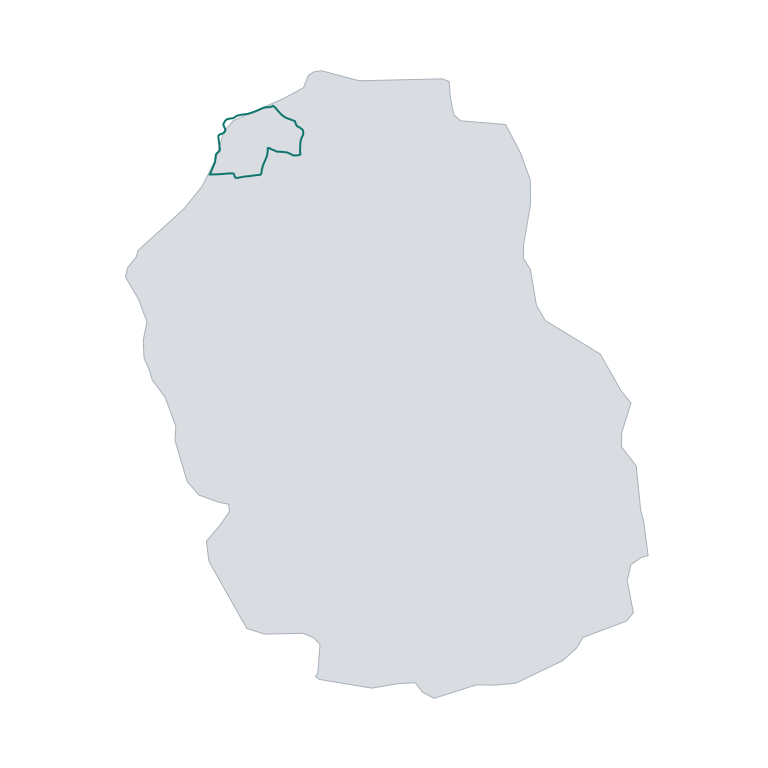 Delčevo highlighted on a map of North Macedonia, rotated 265°
{"feature_id": "MKD-3005", "entity_name": "Delčevo", "entity_type": "Statistical Region", "adm_level": 1, "iso_a3": "MKD", "parent_name": "North Macedonia", "parent_adm1": "", "projection": "orthographic", "projection_center": [22.736, 41.933], "detail": "fine", "context": "in_parent", "style": "outline", "palette": "teal", "viewbox_px": 768, "rotation_deg": 265, "n_neighbors": 0, "source": "natural_earth", "source_scale": "10m", "svg_char_len": 2245}
<svg xmlns="http://www.w3.org/2000/svg" viewBox="0 0 768 768"><g transform="rotate(265 384 384)"><path d="M346.4,171.0L360.1,172.9L389.9,164.8L408.6,153.3L418.0,151.6L430.6,147.2L448.6,148.0L466.8,153.3L490.1,146.7L513.0,135.9L522.1,138.7L532.0,148.1L538.5,150.7L576.2,200.2L597.0,220.2L621.5,235.4L649.5,246.5L659.6,257.2L677.5,309.7L686.2,329.6L698.1,335.6L701.0,341.3L701.5,348.9L688.2,385.9L682.9,468.7L679.6,475.3L665.4,475.0L646.6,476.8L639.5,483.1L631.9,527.7L601.6,540.4L574.1,547.5L550.9,545.8L510.2,535.1L496.9,533.8L485.5,539.8L449.1,542.7L433.0,550.3L395.0,602.0L356.6,619.5L343.5,628.4L314.6,616.5L300.7,615.1L280.3,628.1L236.1,628.7L224.1,630.7L190.0,632.1L188.7,624.9L182.6,614.3L166.9,609.1L134.4,612.5L126.6,604.7L114.3,560.2L104.1,552.8L92.8,537.7L74.4,489.1L74.4,468.1L76.2,449.7L66.5,406.4L73.5,395.7L83.7,389.1L84.3,371.7L82.1,345.3L95.3,293.9L98.6,290.2L101.6,292.8L130.3,297.6L137.8,291.2L142.8,281.1L145.2,243.3L152.5,226.0L222.5,194.2L242.8,193.4L258.2,208.9L270.4,218.9L277.8,218.7L280.7,208.9L289.4,190.1L303.8,179.5L346.0,170.9L346.4,171.0Z" fill="#d9dde1" stroke="#a8b0b8" stroke-width="1"/><path d="M607.9,228.8L619.9,235.0L627.2,236.5L628.4,237.5L629.3,238.9L630.4,240.3L632.0,241.0L643.2,240.5L645.8,240.7L646.9,242.1L647.4,244.3L648.3,246.5L650.2,248.0L652.0,248.0L655.7,246.6L657.1,246.7L659.9,248.6L661.3,250.3L661.7,252.6L661.8,252.8L662.0,257.2L664.0,260.8L664.6,264.4L665.0,272.3L666.9,280.0L669.5,287.6L669.9,289.9L669.8,294.8L670.5,297.3L670.8,297.6L670.0,298.5L669.0,299.6L665.9,301.8L661.6,305.0L658.3,308.6L656.8,311.5L654.8,315.7L653.5,318.3L651.4,318.6L648.6,319.7L646.8,322.5L644.3,325.2L642.3,325.5L640.0,325.3L639.5,325.2L635.4,322.8L631.9,321.7L626.8,321.1L622.6,320.6L620.1,320.8L619.5,319.1L619.3,318.6L619.4,315.3L619.9,312.9L621.6,310.5L623.2,307.5L624.2,302.2L624.9,297.4L627.0,293.7L628.0,291.4L629.1,290.5L629.1,288.8L628.2,288.6L626.7,288.6L624.5,288.1L621.4,287.3L616.6,284.8L611.9,282.3L607.0,280.7L604.3,280.1L603.2,279.1L603.2,276.3L603.1,272.7L602.8,268.2L602.8,263.0L602.6,260.9L602.1,255.5L602.7,253.7L603.9,253.3L605.0,253.1L606.4,252.8L607.0,251.8L607.2,249.5L607.3,246.3L607.3,241.6L607.4,236.7L607.7,231.9L607.9,228.8Z" fill="none" stroke="#0f766e" stroke-width="2"/></g></svg>